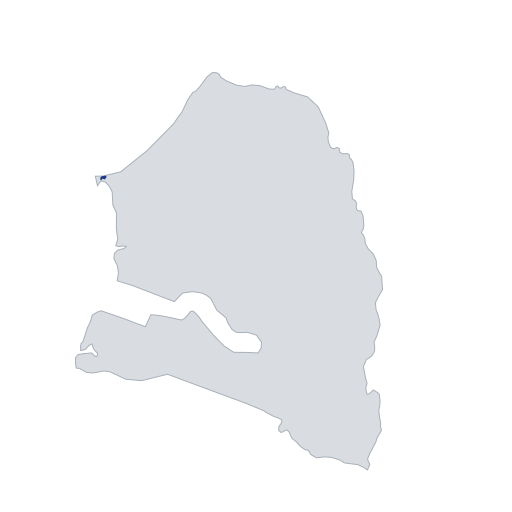 Guediawaye, Dakar, Senegal (highlighted), rotated 20°
{"feature_id": "50182788B55211093773925", "entity_name": "Guediawaye", "entity_type": "district", "adm_level": 2, "iso_a3": "SEN", "parent_name": "Senegal", "parent_adm1": "Dakar", "projection": "equal_earth", "projection_center": [-17.396, 14.772], "detail": "fine", "context": "in_parent", "style": "filled", "palette": "blue", "viewbox_px": 512, "rotation_deg": 20, "n_neighbors": 0, "source": "geoboundaries", "source_scale": "gbopen_adm2", "svg_char_len": 3784}
<svg xmlns="http://www.w3.org/2000/svg" viewBox="0 0 512 512"><g transform="rotate(20 256 256)"><path d="M380.8,231.8L386.4,244.3L385.3,250.3L384.1,259.0L387.2,265.4L390.8,269.6L393.4,273.4L396.3,278.6L396.9,289.1L396.4,296.6L398.3,300.1L399.9,304.4L399.6,308.0L398.6,311.1L395.2,315.4L394.7,323.2L400.4,332.7L404.0,337.9L404.0,340.8L405.0,344.1L407.7,347.9L409.4,347.0L411.1,343.9L411.9,341.8L416.8,342.7L419.1,343.7L422.2,349.9L423.4,354.0L424.2,359.2L427.5,365.7L430.3,370.3L431.0,373.1L433.5,377.0L432.0,385.6L432.2,390.0L430.6,401.5L430.3,407.0L430.4,409.0L434.3,413.1L433.9,418.9L430.0,417.9L423.2,417.2L409.7,420.2L405.0,419.0L396.1,419.4L389.7,421.1L381.7,424.9L375.4,423.9L372.0,420.9L367.6,421.1L362.6,419.6L357.2,416.7L352.3,415.2L347.0,409.9L344.5,408.9L342.8,410.3L341.4,412.1L339.8,413.2L337.0,412.2L335.9,408.6L336.8,405.1L337.0,402.5L335.7,401.0L332.4,400.6L327.2,400.6L318.9,399.5L316.9,398.8L298.2,397.9L278.8,397.8L262.3,397.7L241.5,397.6L226.9,397.5L213.2,397.4L202.7,404.5L191.3,412.2L176.0,416.3L158.3,414.8L152.7,415.9L146.9,419.3L142.6,421.8L136.5,423.3L128.6,422.0L125.4,422.8L123.5,419.3L121.2,413.6L122.6,409.4L127.4,406.8L134.6,403.3L138.4,405.1L140.6,405.2L141.0,402.9L140.3,401.7L134.9,398.7L132.0,394.7L129.7,397.0L127.7,401.9L126.0,403.4L123.6,404.8L122.2,401.4L121.6,398.2L122.7,395.7L122.1,381.6L122.8,374.1L122.4,367.5L125.8,363.2L129.0,360.5L141.6,360.2L153.4,360.0L164.7,360.2L176.2,360.3L177.3,347.2L180.9,346.1L186.4,344.8L196.5,343.2L207.8,341.7L210.2,339.1L212.1,334.7L213.3,330.8L215.6,329.2L218.8,330.5L222.9,332.5L227.2,335.7L232.2,338.6L235.5,340.5L243.4,345.1L256.9,351.5L268.0,354.1L281.4,349.4L291.1,346.4L292.3,340.7L290.7,335.2L283.5,330.2L273.7,330.7L270.7,332.1L266.1,333.8L263.4,334.4L258.7,333.3L252.9,328.9L249.1,324.5L244.0,322.5L237.8,320.4L228.0,311.4L222.9,309.8L218.0,309.3L208.7,311.1L199.6,315.9L194.9,326.8L185.8,326.7L166.4,326.3L148.7,326.0L134.0,326.8L132.5,318.8L129.0,312.5L123.4,307.1L122.1,302.1L124.0,297.7L129.5,294.1L130.7,291.5L127.9,291.9L123.6,294.2L120.7,294.3L120.3,287.4L115.6,278.5L110.2,263.3L104.1,257.1L98.9,244.9L93.6,240.2L88.7,238.0L84.5,238.5L83.0,244.1L77.7,236.0L84.9,233.2L100.1,223.1L117.6,194.2L133.3,160.1L135.3,152.1L137.2,146.0L138.5,132.1L140.7,123.8L142.8,122.2L145.4,115.8L148.6,104.7L152.3,98.5L156.3,97.3L159.5,97.8L161.7,100.1L168.3,101.6L179.3,102.1L187.8,100.4L193.7,96.6L201.6,94.6L211.3,94.6L216.4,92.9L216.9,89.8L218.2,88.8L220.2,90.1L222.1,89.6L223.9,87.3L225.7,87.1L227.5,89.1L235.6,89.7L250.2,88.9L263.6,94.7L276.0,107.2L282.4,115.5L282.9,119.7L284.9,123.9L288.6,128.1L292.0,128.9L295.1,126.3L297.5,126.5L299.2,129.8L302.7,130.4L306.6,128.5L309.4,129.1L310.0,131.1L310.6,132.1L312.5,132.5L315.1,135.0L318.7,141.6L321.7,150.9L324.0,162.8L327.0,169.2L330.7,170.3L332.9,172.7L333.3,175.6L334.4,177.5L336.2,178.6L339.3,177.9L343.0,181.9L347.0,190.7L347.6,194.6L347.0,196.7L347.3,198.2L349.9,199.7L352.4,202.6L354.4,206.9L358.8,210.7L365.5,214.0L370.4,219.0L373.4,225.6L379.6,231.2L380.8,231.8Z" fill="#d9dde1" stroke="#a8b0b8" stroke-width="1"/><path d="M84.1,236.8L84.3,236.8L84.3,236.5L84.3,236.3L84.3,236.0L84.3,235.8L84.3,235.7L84.5,235.5L84.6,235.4L84.8,235.2L85.0,235.1L85.3,234.9L85.4,235.0L85.5,235.1L85.8,235.0L85.8,234.9L86.0,234.9L86.2,235.1L86.4,235.1L86.5,235.1L86.8,235.1L86.8,234.9L87.0,234.7L87.0,234.4L87.2,234.5L87.2,234.4L87.3,234.4L87.4,234.2L87.5,234.0L87.6,233.9L87.7,233.7L87.7,233.4L87.6,233.2L87.6,232.9L87.5,232.7L87.3,232.7L87.2,232.8L86.9,233.0L86.7,233.1L86.4,233.3L86.1,233.4L85.9,233.5L85.6,233.7L85.4,233.8L85.2,233.9L84.9,234.0L84.7,234.2L84.4,234.3L84.6,234.8L84.4,234.9L84.3,235.0L84.1,235.2L83.8,235.4L83.9,235.9L83.9,236.0L83.9,236.3L84.0,236.4L84.0,236.5L84.1,236.8L84.1,236.8Z" fill="#3b82f6" stroke="#1e3a8a" stroke-width="1.5"/></g></svg>